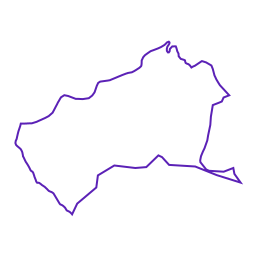 Rehaid Albirdi, Southern Darfur, Sudan (Natural Earth projection)
{"feature_id": "16777658B32181362177213", "entity_name": "Rehaid Albirdi", "entity_type": "district", "adm_level": 2, "iso_a3": "SDN", "parent_name": "Sudan", "parent_adm1": "Southern Darfur", "projection": "natural_earth1", "projection_center": [23.455, 11.002], "detail": "fine", "context": "isolated", "style": "outline", "palette": "violet", "viewbox_px": 256, "rotation_deg": 0, "n_neighbors": 0, "source": "geoboundaries", "source_scale": "gbopen_adm2", "svg_char_len": 2598}
<svg xmlns="http://www.w3.org/2000/svg" viewBox="0 0 256 256"><path d="M201.4,61.4L194.8,65.8L193.3,66.4L191.4,67.5L190.0,65.5L188.5,64.2L187.0,63.7L185.7,63.0L185.2,61.7L185.0,60.4L183.9,59.8L180.8,58.9L178.7,56.3L178.5,53.6L177.3,51.3L176.5,48.3L175.8,46.4L174.9,46.3L173.7,46.4L172.3,46.4L171.3,47.4L169.9,49.0L169.6,51.3L168.8,52.4L167.9,52.4L166.9,50.9L166.8,48.9L167.4,46.6L168.4,45.2L169.4,43.6L169.5,42.4L168.8,41.7L167.0,42.4L165.6,43.9L164.4,45.0L160.9,47.1L157.8,48.5L153.6,50.1L150.8,51.1L150.0,51.6L147.7,53.2L145.9,54.5L145.2,55.0L144.4,55.8L143.6,56.8L143.2,57.2L142.3,59.2L141.7,60.4L141.6,63.9L141.4,65.3L141.2,66.0L140.8,66.5L139.4,67.8L136.0,70.0L134.0,71.2L131.8,72.3L130.6,72.5L127.8,73.0L127.4,73.2L126.3,73.5L122.1,75.1L120.7,75.7L118.7,76.5L114.9,78.1L111.0,79.7L109.9,80.2L107.0,80.7L106.8,80.7L105.4,80.9L100.2,81.6L98.2,82.9L97.1,85.2L96.8,85.8L96.3,87.3L95.5,89.6L94.6,92.2L94.3,92.7L93.7,93.5L92.8,94.8L92.2,95.5L91.9,95.8L88.8,98.2L82.7,99.1L78.6,98.9L75.8,98.9L68.2,96.0L64.3,95.2L61.0,97.3L59.9,99.1L58.9,100.9L58.4,101.7L58.0,102.3L57.0,104.4L56.5,105.3L55.6,107.0L54.2,109.7L52.6,112.7L50.3,114.7L48.7,116.1L44.9,118.1L42.6,119.1L41.8,119.5L38.6,120.9L36.7,121.8L31.9,123.3L27.6,123.4L26.8,123.5L24.2,123.6L21.4,123.6L21.1,123.6L20.8,123.6L20.2,126.1L18.5,131.1L17.9,133.4L17.2,136.4L16.6,139.1L15.8,140.7L15.4,143.0L16.0,144.8L16.8,145.7L17.7,146.5L18.9,147.5L20.6,149.0L21.4,150.3L21.9,151.3L22.3,152.3L22.7,154.3L22.9,155.2L23.0,156.3L23.6,157.3L25.1,160.5L25.8,161.9L26.7,163.2L27.9,165.1L29.2,167.4L30.6,170.3L31.5,171.2L32.4,171.6L33.2,172.8L33.7,174.3L34.2,175.7L34.4,176.6L35.2,178.6L35.7,179.8L36.1,181.2L36.9,182.6L37.5,182.8L38.1,182.7L39.2,182.9L40.0,183.5L40.4,183.7L41.3,184.5L41.9,185.0L42.0,185.1L42.7,185.5L43.1,185.8L43.7,186.2L44.5,186.7L45.3,187.4L46.3,188.4L47.0,189.0L47.6,189.7L48.8,190.9L49.9,191.4L50.5,191.7L51.5,192.0L52.6,192.7L53.5,193.4L59.6,203.6L60.3,204.4L62.0,205.1L63.3,206.0L65.1,207.7L65.1,207.8L65.8,208.9L66.7,210.4L67.7,210.9L69.0,211.5L70.2,212.3L71.8,213.9L72.1,214.3L72.3,213.9L77.2,203.6L96.3,187.5L97.9,175.4L114.3,165.5L135.3,168.0L146.3,167.1L158.4,155.4L162.0,157.1L169.1,164.9L195.2,166.5L216.7,175.1L240.6,182.6L234.4,173.9L233.3,168.0L223.7,171.7L209.1,170.8L206.2,169.5L200.4,162.2L200.2,160.3L201.0,156.2L202.9,151.6L204.5,148.3L207.3,140.4L208.1,135.5L210.3,125.0L210.9,116.6L212.8,105.1L219.0,102.7L221.8,101.5L223.6,97.5L229.2,95.3L219.9,85.2L218.2,82.5L216.3,79.3L215.3,77.1L214.5,75.5L212.8,69.0L211.4,65.5L206.1,62.4L202.6,61.3L201.9,61.1L201.4,61.4Z" fill="none" stroke="#5b21b6" stroke-width="2"/></svg>